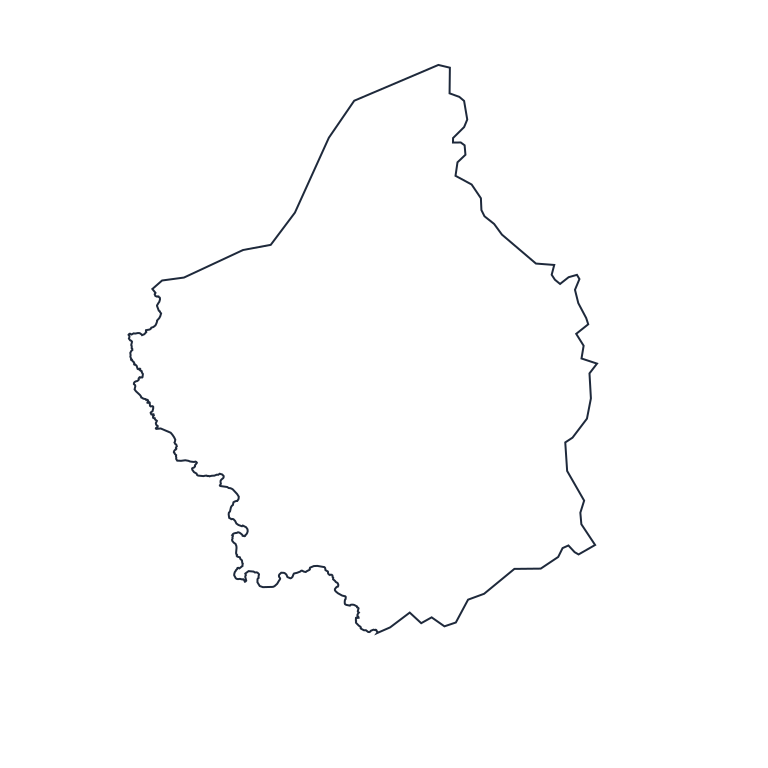 outline of Porvenir, Paysandú, Uruguay, rotated 56°
{"feature_id": "84410073B33376625249315", "entity_name": "Porvenir", "entity_type": "district", "adm_level": 2, "iso_a3": "URY", "parent_name": "Uruguay", "parent_adm1": "Paysandú", "projection": "natural_earth1", "projection_center": [-57.84, -32.438], "detail": "fine", "context": "isolated", "style": "outline", "palette": "slate", "viewbox_px": 768, "rotation_deg": 56, "n_neighbors": 0, "source": "geoboundaries", "source_scale": "gbopen_adm2", "svg_char_len": 6165}
<svg xmlns="http://www.w3.org/2000/svg" viewBox="0 0 768 768"><g transform="rotate(56 384 384)"><path d="M511.6,220.5L490.1,207.7L486.2,196.0L473.3,206.0L463.9,197.1L449.9,196.6L448.7,181.3L442.4,179.5L425.6,177.7L412.7,173.0L406.3,163.3L401.4,163.0L398.7,171.2L399.5,182.1L393.1,184.0L387.2,183.9L380.5,176.3L369.1,190.7L326.1,202.7L312.9,203.2L301.2,206.9L294.3,206.0L284.2,199.8L267.6,199.8L251.4,208.3L241.3,199.1L239.5,188.3L231.2,183.7L226.7,185.3L222.4,191.8L218.7,189.2L215.8,173.9L211.3,167.1L194.1,159.3L188.1,161.0L179.7,167.1L158.6,152.5L149.9,160.5L132.5,250.3L149.0,292.0L192.1,362.0L205.3,400.1L194.1,425.9L183.9,490.3L174.1,510.1L175.7,522.9L180.7,522.5L181.3,523.9L183.2,524.3L184.7,523.3L184.8,522.6L185.3,522.0L185.8,522.1L187.0,521.6L187.6,521.8L188.7,522.5L190.2,524.3L190.8,525.9L191.9,528.2L192.3,528.5L197.3,529.7L198.4,529.2L199.4,529.5L200.8,529.3L202.7,531.6L203.7,533.5L204.5,536.7L205.2,537.1L206.5,538.8L207.6,540.7L207.8,543.3L207.2,545.4L207.8,546.6L207.8,547.8L206.3,551.2L206.9,551.8L208.0,552.0L208.7,554.9L208.2,557.3L207.3,557.3L205.2,558.1L204.1,559.6L203.1,562.0L202.0,563.3L201.8,565.6L200.2,566.5L200.1,567.6L200.4,568.3L201.9,568.2L202.9,569.0L203.7,570.1L205.9,570.0L206.9,569.3L208.1,569.3L210.4,571.8L211.4,571.9L213.3,573.2L214.0,573.0L215.2,573.7L215.2,574.8L216.3,576.9L218.5,578.0L219.5,579.0L221.6,579.5L222.2,579.7L222.4,580.1L222.7,580.1L223.0,579.4L224.7,579.7L225.5,579.2L227.3,579.4L227.7,580.1L228.5,580.1L229.0,579.3L230.5,578.9L233.7,579.8L234.4,579.4L234.6,578.9L234.5,578.3L234.8,577.8L235.2,577.7L236.0,578.6L236.9,578.4L237.2,577.9L237.9,577.7L239.1,578.3L240.9,578.3L243.2,580.3L243.3,580.9L242.9,581.1L242.6,582.2L242.1,582.3L241.7,582.8L242.2,584.3L243.1,584.7L243.5,585.5L243.5,587.1L243.0,588.3L242.9,589.6L243.4,590.8L244.2,591.4L245.8,591.0L246.8,591.4L249.0,593.8L251.4,593.7L256.5,592.5L258.6,592.4L259.4,592.8L260.7,592.0L261.5,591.8L263.3,590.0L264.3,590.1L264.7,589.1L265.2,588.8L266.0,588.9L266.6,589.5L266.9,590.4L267.2,590.6L267.7,590.2L267.6,589.2L267.9,588.7L268.3,588.6L271.2,590.2L272.2,589.9L272.7,588.6L273.4,588.1L273.9,588.1L275.3,589.1L277.1,591.1L277.1,592.8L277.4,593.6L279.1,593.9L279.8,593.3L279.8,592.5L280.2,592.0L281.4,592.4L281.5,593.4L282.8,594.3L283.7,593.9L284.1,593.2L285.4,593.6L287.6,592.9L288.8,595.0L289.6,595.4L290.8,595.6L292.3,595.1L292.7,595.4L293.0,595.8L293.0,597.6L293.3,598.0L293.9,597.9L296.0,594.0L305.1,588.1L307.7,587.8L310.8,587.8L313.5,588.2L315.0,589.7L315.3,590.4L316.9,590.6L318.0,590.1L319.8,590.6L319.9,591.1L320.7,592.4L321.6,592.4L321.9,593.3L321.8,594.3L322.2,595.4L322.9,596.3L323.4,596.5L324.1,596.2L325.1,596.5L326.8,596.1L327.7,597.0L328.6,597.2L329.9,598.2L331.9,598.3L334.2,595.2L336.1,591.4L338.3,589.1L339.8,588.1L340.8,587.0L342.4,585.1L342.9,583.7L343.7,583.2L344.7,583.2L345.7,586.2L346.7,586.8L347.0,588.2L346.6,590.0L346.8,590.4L347.9,590.9L350.8,590.8L353.4,589.5L355.0,589.8L356.0,589.3L359.4,585.2L360.0,583.6L360.8,582.2L361.5,582.0L362.3,580.6L362.9,580.4L363.8,578.0L365.1,575.9L365.7,573.3L366.6,572.1L366.5,570.4L368.6,568.7L370.7,568.4L371.6,569.1L372.1,569.9L372.3,572.2L372.8,573.5L373.9,574.4L375.3,574.9L376.0,575.9L376.2,576.7L377.0,576.8L381.7,571.6L383.4,570.9L384.5,569.6L385.7,568.8L386.8,568.3L393.1,567.3L396.2,567.4L397.9,568.8L398.3,569.5L398.9,571.1L398.4,571.8L397.9,573.7L397.9,575.0L399.8,576.9L399.9,578.3L400.6,579.8L403.5,582.9L404.0,584.6L405.1,585.6L407.7,586.9L408.6,587.2L409.8,586.4L410.7,586.2L411.3,584.9L412.0,584.4L414.3,584.0L417.1,584.4L419.5,583.5L422.5,581.3L422.4,580.2L425.7,578.4L428.1,578.4L429.8,579.3L430.9,580.6L431.7,582.3L431.8,583.6L432.3,584.1L432.2,584.7L430.8,586.1L430.0,585.8L428.4,586.2L426.5,586.9L425.3,587.9L425.1,589.4L424.6,590.2L424.0,591.9L423.9,592.9L424.4,594.3L424.9,594.0L425.5,594.2L426.3,595.4L427.3,595.8L428.2,597.1L429.2,597.5L431.5,597.3L433.5,596.5L435.8,597.0L437.4,597.9L441.1,600.9L442.1,601.5L443.5,601.4L444.1,602.2L445.1,602.1L447.1,600.4L448.7,600.9L450.8,600.4L453.2,601.6L453.9,601.5L455.2,602.8L455.7,603.0L456.0,607.0L454.9,607.6L454.6,608.3L454.8,608.8L455.3,609.2L455.6,611.0L456.0,611.4L456.5,612.9L457.9,614.5L458.9,615.2L462.1,615.5L463.0,615.2L464.1,614.2L465.0,612.4L466.8,610.8L467.0,610.0L468.4,609.6L470.1,609.9L470.3,609.4L470.0,608.2L466.3,606.9L465.7,606.3L465.2,605.4L463.6,605.0L463.4,600.9L466.6,597.0L468.1,596.4L468.8,595.1L469.6,594.4L471.4,594.0L472.1,594.2L473.1,595.4L474.7,596.4L474.7,597.4L475.2,598.1L477.6,599.8L482.0,600.0L484.7,598.0L490.1,589.5L490.4,587.8L489.9,584.3L488.4,581.2L487.8,579.6L487.4,579.0L486.8,578.8L485.1,578.8L484.0,578.2L483.4,577.3L483.0,574.7L484.5,572.7L485.2,572.1L487.3,571.5L490.1,572.0L492.7,570.3L493.0,569.3L492.7,567.7L491.1,565.4L490.8,564.5L491.9,561.7L492.7,558.1L492.5,557.2L492.8,556.4L494.8,555.3L496.1,554.0L496.0,552.7L496.4,549.7L496.1,549.0L495.5,548.8L494.9,548.0L495.7,544.0L497.5,541.0L502.5,535.8L503.6,535.7L505.6,536.6L508.1,535.4L509.9,536.3L511.0,536.2L512.1,535.7L512.3,534.7L513.0,534.0L513.9,533.8L515.4,534.6L516.1,534.4L517.4,535.4L519.9,534.7L521.1,534.7L522.9,533.8L523.9,533.9L525.0,534.2L525.8,534.9L526.2,535.7L525.8,536.4L525.9,537.5L526.6,539.4L527.5,540.0L528.9,540.0L531.7,539.2L536.0,537.0L538.4,534.8L539.2,534.8L540.8,536.1L541.1,537.0L542.0,537.9L543.7,539.1L544.8,539.4L546.0,538.8L548.7,536.2L548.4,535.3L548.7,534.5L549.6,533.1L550.6,532.2L553.3,530.8L554.1,531.2L554.9,530.6L555.7,530.5L557.7,532.8L558.6,533.0L559.4,532.6L560.1,534.5L560.7,535.3L561.4,535.6L563.0,535.5L563.6,535.8L562.7,537.5L562.2,537.6L562.2,538.0L564.2,539.5L564.9,539.6L565.6,540.4L566.5,540.7L570.3,540.0L572.0,539.3L572.8,539.3L573.3,539.9L574.0,539.9L577.0,538.3L578.0,536.7L580.7,535.8L581.4,535.0L581.6,533.9L581.2,532.9L581.8,530.1L583.0,529.0L583.1,528.3L583.7,528.0L584.7,528.2L585.7,528.0L586.3,528.3L586.6,529.1L589.2,515.0L587.9,490.5L603.1,486.9L604.1,475.0L618.7,469.4L621.9,457.8L609.8,434.9L613.9,418.3L610.2,379.3L624.7,357.3L624.8,336.3L619.9,327.7L621.0,321.4L630.0,320.0L634.1,318.0L635.5,299.0L610.6,298.8L600.5,293.2L592.6,283.3L558.5,280.8L533.8,266.4L533.9,257.7L526.2,235.1L511.6,220.5Z" fill="none" stroke="#1e293b" stroke-width="2"/></g></svg>